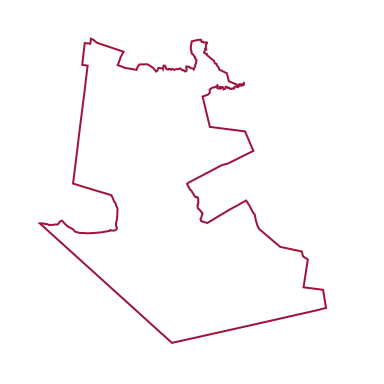 Mwatate, Coast, Kenya, rotated 7°
{"feature_id": "3690345B41305477432813", "entity_name": "Mwatate", "entity_type": "district", "adm_level": 2, "iso_a3": "KEN", "parent_name": "Kenya", "parent_adm1": "Coast", "projection": "orthographic", "projection_center": [38.365, -3.735], "detail": "fine", "context": "isolated", "style": "outline", "palette": "rose", "viewbox_px": 384, "rotation_deg": 7, "n_neighbors": 0, "source": "geoboundaries", "source_scale": "gbopen_adm2", "svg_char_len": 5809}
<svg xmlns="http://www.w3.org/2000/svg" viewBox="0 0 384 384"><g transform="rotate(7 192 192)"><path d="M339.2,290.8L334.0,273.1L314.3,273.0L315.2,244.9L310.0,242.3L308.2,237.7L286.2,235.7L263.1,220.5L262.6,219.9L262.3,219.2L262.1,218.8L261.3,217.9L260.0,215.1L258.3,210.9L257.4,207.7L256.9,206.6L256.5,206.1L255.7,205.7L250.4,198.2L246.8,193.9L243.2,196.4L239.8,199.0L232.7,204.0L227.3,208.1L211.0,220.9L205.1,219.9L204.5,219.6L204.4,218.8L203.8,218.1L203.7,217.7L204.0,217.1L204.3,215.9L204.5,215.4L204.6,214.6L204.7,214.3L204.7,213.5L204.9,213.2L204.8,212.5L204.9,212.1L204.9,211.7L204.5,211.1L204.1,211.0L203.2,210.4L202.7,209.6L202.0,209.1L201.7,208.8L201.4,208.5L200.3,207.9L199.6,207.0L199.4,205.7L199.0,205.2L199.1,204.8L199.2,204.2L199.5,203.8L199.5,203.4L199.3,202.8L199.2,202.5L199.3,202.1L199.6,201.6L199.7,201.2L199.5,200.9L199.4,200.4L199.1,199.9L199.1,199.5L199.2,198.7L199.1,198.3L198.6,197.5L198.4,196.8L198.2,196.6L197.5,196.3L197.2,196.4L196.8,196.7L196.5,196.8L196.2,196.8L195.7,196.0L195.1,195.7L194.8,195.4L194.5,195.2L194.3,195.0L193.6,193.6L192.9,193.0L192.6,192.5L192.1,192.0L191.2,190.7L190.1,190.0L189.7,189.9L189.3,189.1L189.2,188.7L188.9,188.5L188.5,187.9L187.8,187.4L187.7,187.1L187.5,186.7L187.3,186.4L187.1,186.0L186.4,185.1L186.1,184.4L186.4,184.0L187.3,183.2L218.2,161.8L220.7,160.7L222.2,160.1L223.4,159.7L224.1,159.4L245.3,145.4L247.9,143.8L237.3,125.4L201.8,125.2L190.9,96.0L195.2,93.8L196.2,93.2L196.6,92.7L197.4,91.4L197.6,90.9L197.5,90.4L197.1,88.7L197.1,88.3L197.4,87.8L198.5,87.0L198.9,86.4L199.5,86.0L200.1,85.7L201.1,85.5L201.7,85.3L202.6,84.8L204.3,82.9L204.5,83.1L204.5,83.5L204.1,83.6L204.1,84.1L204.4,84.3L204.6,84.5L204.3,85.1L204.3,85.5L204.5,85.8L205.1,85.8L205.5,86.0L205.7,85.6L206.0,85.5L206.3,85.8L207.3,86.0L207.3,85.6L206.9,85.5L206.6,85.2L207.0,84.2L207.4,84.1L207.8,84.3L207.9,85.0L208.4,85.2L208.6,84.7L209.0,84.5L209.5,84.0L209.8,84.1L210.0,84.5L210.2,84.9L210.6,85.5L210.7,86.3L212.2,85.5L212.5,85.1L212.8,84.3L212.7,84.0L212.5,83.8L212.5,83.5L212.8,83.4L213.3,83.5L214.1,83.5L214.5,83.6L215.0,84.4L215.4,84.4L216.1,84.1L216.5,84.2L217.1,85.0L217.6,84.8L218.3,85.0L218.8,84.9L219.0,84.5L219.7,84.4L220.1,84.2L220.5,84.3L220.9,84.4L221.2,84.2L220.9,83.4L221.0,83.1L221.8,82.2L222.1,82.0L222.5,82.0L223.3,82.3L224.0,82.2L224.4,82.4L224.7,82.4L225.1,82.0L226.1,80.9L226.8,80.5L227.1,80.4L227.9,80.5L229.1,80.1L229.8,79.8L230.4,79.1L230.5,78.8L230.4,78.0L230.2,77.6L229.7,78.3L229.3,79.1L226.0,79.2L225.6,80.6L215.1,77.6L212.1,69.9L204.7,67.4L204.4,67.2L204.1,66.9L203.9,66.6L203.4,65.3L203.0,64.9L202.0,64.1L201.7,63.7L201.1,62.8L200.3,62.0L200.4,61.7L199.0,61.5L198.8,61.1L197.8,59.1L195.1,57.5L190.0,54.1L189.9,53.8L190.0,53.3L189.7,53.0L188.5,52.9L187.3,52.6L187.0,52.2L187.0,51.6L187.1,51.2L187.6,50.3L187.9,49.5L187.7,48.6L188.7,48.6L188.4,48.0L187.9,46.6L188.0,46.3L188.1,45.3L188.0,44.9L188.0,44.5L187.9,44.1L188.2,43.8L188.4,43.0L188.8,42.3L188.8,42.0L188.5,41.8L188.2,41.7L187.5,41.9L186.1,42.1L185.7,42.2L185.0,41.6L184.6,41.6L183.9,41.8L183.6,41.8L183.2,41.8L183.0,41.5L182.9,41.3L182.8,40.3L182.6,40.0L182.3,39.8L181.6,40.0L180.1,40.1L176.7,41.3L173.4,42.5L173.4,44.0L173.2,45.4L173.2,47.3L173.0,48.0L173.3,48.9L173.5,51.0L174.4,52.3L174.4,52.7L174.3,53.0L174.4,53.3L174.5,53.6L174.6,54.1L174.8,54.4L175.2,54.5L175.5,54.7L175.5,55.0L175.7,55.3L176.1,55.5L176.4,55.6L176.6,55.8L176.9,56.0L177.3,56.4L177.6,57.0L177.9,57.1L178.5,57.6L178.5,58.3L179.1,58.8L179.3,59.6L179.9,60.3L180.5,60.7L180.3,61.4L180.2,63.2L180.3,63.7L180.2,64.0L179.7,65.4L179.8,67.0L179.4,68.1L178.9,68.8L179.0,69.6L178.8,70.0L178.5,69.5L178.2,69.3L177.3,69.4L176.3,69.2L175.4,69.2L174.5,68.6L173.9,68.0L173.5,68.1L173.0,68.2L172.7,68.2L172.3,67.9L171.9,67.9L171.1,68.1L171.0,69.2L171.0,69.6L171.5,70.2L171.7,71.1L171.9,71.5L171.7,72.4L171.5,72.7L170.8,73.2L169.8,73.0L169.5,72.8L168.9,72.0L168.5,72.0L167.9,72.3L167.4,72.3L166.7,71.7L166.3,71.5L165.9,71.1L164.9,70.8L164.6,70.9L164.3,71.2L163.7,71.7L163.4,71.8L161.7,71.9L161.4,71.9L160.7,72.3L160.0,72.5L159.7,72.7L159.5,73.0L159.1,72.9L158.8,72.7L157.4,72.2L156.5,73.1L156.2,73.2L155.6,72.6L155.3,72.8L154.9,72.8L154.6,72.6L154.1,72.6L153.8,72.7L153.4,73.4L153.0,73.4L152.5,73.3L152.0,73.3L151.6,73.1L151.4,72.8L150.0,70.0L148.4,70.0L148.4,71.7L148.2,73.5L148.0,73.2L147.7,73.0L143.5,73.0L142.8,75.6L142.6,75.9L142.0,76.6L141.7,76.8L138.2,73.4L132.4,70.7L124.7,71.7L123.9,72.4L122.8,74.5L122.0,77.6L116.1,77.1L115.3,77.2L113.5,77.1L110.9,77.1L108.4,76.4L102.8,75.1L103.4,73.0L103.9,70.7L104.3,69.2L104.7,66.8L106.2,63.2L107.0,61.1L79.6,55.5L75.0,52.7L73.0,52.2L73.0,57.3L70.4,57.2L67.4,57.3L67.4,67.0L67.6,79.2L73.0,79.3L73.0,95.4L73.1,105.5L73.0,115.1L72.9,153.1L73.0,158.7L72.9,198.1L95.9,202.2L111.9,204.9L112.3,205.0L113.1,206.1L115.9,210.9L116.2,211.3L117.1,212.1L117.9,213.2L118.4,214.9L119.7,216.7L120.1,217.9L120.3,219.0L120.3,221.0L120.6,223.0L120.8,225.8L120.8,227.8L120.4,232.0L120.4,232.9L120.6,234.2L120.8,234.9L121.0,235.4L121.8,236.6L121.9,237.3L121.8,237.7L121.6,238.2L121.0,238.8L120.4,239.3L119.8,239.6L118.1,240.0L116.6,240.1L116.2,240.0L115.8,239.7L115.5,239.7L115.2,240.3L114.8,240.6L114.4,240.8L107.3,243.0L99.3,244.7L93.6,245.7L92.1,245.8L91.1,245.8L89.3,246.0L87.8,246.0L87.3,246.0L86.7,246.3L86.3,246.4L82.5,245.9L81.3,245.7L80.6,245.4L80.0,245.0L79.2,244.2L78.2,243.4L77.5,243.1L74.2,241.8L72.8,241.4L72.4,240.9L71.6,240.5L70.4,239.5L69.3,238.8L68.5,238.0L67.3,236.9L66.6,236.5L66.0,236.4L65.5,236.6L64.7,237.3L64.0,238.3L62.9,240.2L62.5,240.6L62.1,240.7L60.3,240.9L56.9,241.8L55.5,241.9L54.2,242.1L53.7,242.1L52.8,241.7L52.5,241.6L51.5,241.6L49.2,241.6L47.9,241.3L47.0,241.5L45.7,241.5L44.8,241.7L154.8,319.1L178.4,335.8L179.9,336.7L186.9,341.7L189.0,343.1L190.5,344.2L274.9,314.1L308.5,302.0L330.8,294.0L336.8,291.6L339.2,290.8Z" fill="none" stroke="#9f1239" stroke-width="2"/></g></svg>